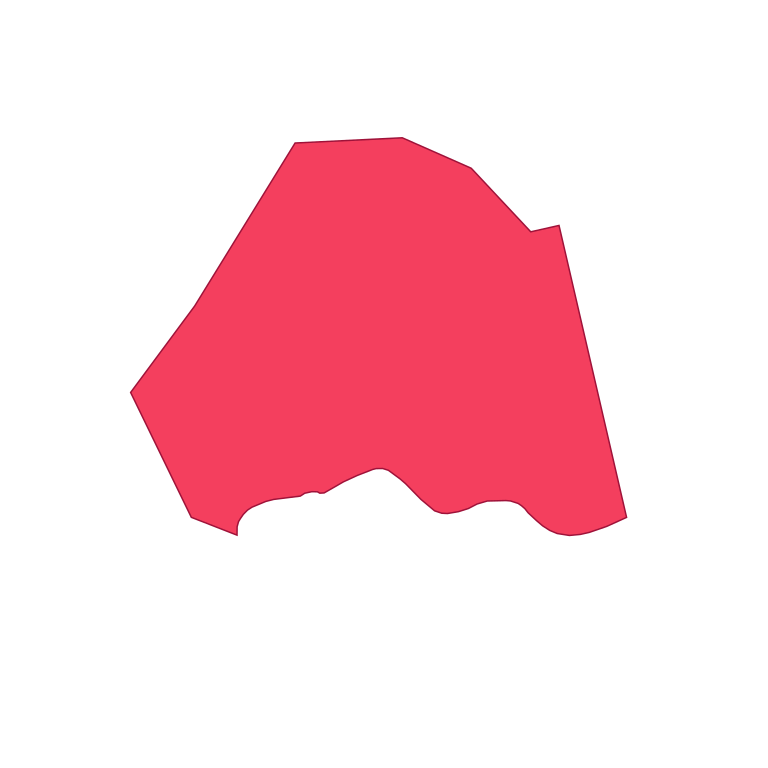 outline of Mason, Kentucky, United States of America, rotated 145°
{"feature_id": "52423323B64240886079003", "entity_name": "Mason", "entity_type": "district", "adm_level": 2, "iso_a3": "USA", "parent_name": "United States of America", "parent_adm1": "Kentucky", "projection": "natural_earth1", "projection_center": [-83.779, 38.612], "detail": "fine", "context": "isolated", "style": "filled", "palette": "rose", "viewbox_px": 768, "rotation_deg": 145, "n_neighbors": 0, "source": "geoboundaries", "source_scale": "gbopen_adm2", "svg_char_len": 843}
<svg xmlns="http://www.w3.org/2000/svg" viewBox="0 0 768 768"><g transform="rotate(145 384 384)"><path d="M596.4,522.4L618.3,385.3L591.1,344.5L586.2,351.3L582.1,354.7L578.9,356.1L574.0,357.9L568.1,359.0L562.7,358.8L548.2,355.6L540.5,352.7L516.9,340.2L515.2,340.1L511.6,340.0L504.9,337.2L500.4,333.9L499.2,331.4L495.5,329.1L473.2,327.1L458.3,324.4L442.3,320.5L438.9,319.2L433.5,315.5L429.9,310.8L425.3,297.1L423.5,290.0L419.9,268.2L415.3,251.1L410.8,245.0L406.3,241.5L396.2,236.7L386.3,233.6L376.6,232.3L366.5,228.9L351.0,218.6L347.5,215.7L342.6,209.2L341.2,205.5L340.1,201.1L339.8,195.8L337.4,184.5L335.4,176.8L332.2,169.0L327.9,162.2L319.0,153.6L309.5,148.2L301.0,144.7L283.2,139.6L261.8,135.6L149.7,413.5L176.5,424.5L188.8,510.7L227.8,575.2L318.6,632.4L494.3,556.5L596.4,522.4Z" fill="#f43f5e" stroke="#9f1239" stroke-width="1.5"/></g></svg>